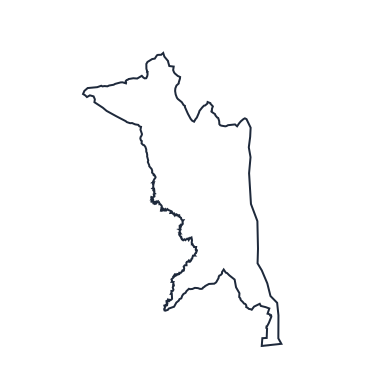 Ga West Municipal, Greater Accra, Ghana, rotated 20°
{"feature_id": "2480657B90617621807510", "entity_name": "Ga West Municipal", "entity_type": "district", "adm_level": 2, "iso_a3": "GHA", "parent_name": "Ghana", "parent_adm1": "Greater Accra", "projection": "robinson", "projection_center": [-0.382, 5.705], "detail": "fine", "context": "isolated", "style": "outline", "palette": "slate", "viewbox_px": 384, "rotation_deg": 20, "n_neighbors": 0, "source": "geoboundaries", "source_scale": "gbopen_adm2", "svg_char_len": 6094}
<svg xmlns="http://www.w3.org/2000/svg" viewBox="0 0 384 384"><g transform="rotate(20 192 192)"><path d="M206.7,312.7L207.6,312.6L209.6,311.0L210.0,309.5L214.4,305.9L215.1,301.3L216.7,298.6L216.9,296.9L218.3,295.6L218.3,292.8L218.9,290.7L220.4,289.0L220.7,287.1L222.2,284.0L223.3,284.0L225.5,283.0L227.5,281.1L230.4,280.3L232.7,280.3L234.2,279.7L234.9,279.1L235.0,278.2L236.2,276.7L236.5,275.9L239.4,272.6L244.3,270.5L245.6,268.6L246.4,263.9L246.1,262.3L246.3,261.2L247.3,260.3L248.1,258.4L247.6,257.0L248.3,254.0L251.3,256.2L252.7,256.2L255.7,257.6L262.0,259.7L266.0,266.5L271.2,270.9L272.3,274.6L273.9,275.5L274.3,276.4L274.9,276.9L277.6,278.1L278.9,279.0L280.4,279.0L281.6,279.8L282.1,280.7L282.3,281.6L283.9,281.8L285.4,282.4L287.3,282.1L288.4,282.2L289.5,278.5L293.9,273.9L295.6,275.5L300.6,275.0L304.5,275.0L304.6,280.5L306.9,280.4L307.6,281.3L308.5,280.8L309.2,282.0L309.0,288.7L308.5,292.3L308.0,292.7L308.3,294.3L309.2,294.5L312.1,303.6L308.1,305.3L310.2,312.8L327.9,304.1L323.2,300.0L315.4,278.3L309.9,267.0L301.3,262.9L294.0,252.1L284.4,241.8L278.0,236.6L273.4,222.7L263.4,197.0L251.5,183.1L239.2,154.8L235.1,139.3L230.1,130.6L227.8,120.3L225.1,111.5L218.3,104.9L216.5,104.7L215.4,105.9L213.7,108.9L212.8,111.3L211.9,114.8L209.3,113.8L203.0,116.9L201.8,118.3L200.8,118.9L197.0,119.6L195.7,119.6L194.5,118.9L193.3,116.1L191.3,113.5L190.2,113.4L187.8,112.0L187.1,111.0L182.9,109.9L182.6,109.5L182.9,108.9L182.3,107.0L182.3,104.4L179.1,102.7L178.8,102.2L175.9,102.1L176.1,103.8L174.7,106.2L173.7,106.8L172.7,109.0L171.3,113.2L171.4,115.3L171.1,120.4L170.4,122.4L169.9,125.2L167.7,124.9L165.7,123.7L161.3,119.8L156.3,114.6L155.9,113.5L154.4,113.2L151.7,111.1L146.8,109.4L145.5,108.5L143.3,105.9L141.6,102.9L140.9,100.3L141.0,97.2L142.4,94.6L142.1,93.6L141.9,89.6L141.5,88.0L138.9,87.8L135.2,86.4L134.1,85.6L132.6,83.9L131.9,80.4L127.6,81.4L125.0,77.8L124.8,77.2L119.7,74.2L117.4,71.2L116.1,73.6L113.1,74.8L112.3,75.6L111.4,79.4L109.1,80.7L105.7,85.0L105.3,87.3L107.0,91.8L108.5,93.8L108.6,94.5L109.3,94.5L109.2,95.2L109.9,96.2L110.3,98.3L110.1,100.7L108.7,101.4L107.2,101.1L105.1,100.0L101.7,104.1L97.9,105.2L93.7,107.6L93.4,108.3L92.3,109.2L91.8,110.4L91.8,110.7L92.7,111.8L92.8,112.5L89.2,112.7L87.5,113.4L82.8,116.7L81.7,118.0L77.7,120.3L76.4,121.6L73.5,122.4L71.7,123.4L70.4,123.2L67.1,125.9L58.4,130.0L56.3,133.8L56.1,137.2L58.6,137.7L60.8,138.7L63.0,136.1L66.8,135.8L69.0,138.1L69.6,141.0L79.4,143.3L84.0,145.0L94.9,146.7L105.5,148.1L106.8,148.6L110.4,148.5L112.1,147.7L115.4,147.9L118.6,147.3L120.1,148.3L121.8,148.2L122.3,151.1L125.2,154.7L125.3,156.2L124.9,158.0L125.2,159.5L126.4,161.0L127.4,161.3L128.0,163.6L130.0,164.5L131.0,164.4L132.7,165.5L134.4,167.6L135.3,169.9L136.0,170.4L137.3,172.6L137.6,173.8L140.1,177.4L140.2,178.9L142.6,181.4L143.1,182.5L146.2,184.2L147.5,185.9L147.6,186.9L147.9,187.5L150.3,188.5L150.0,189.0L150.2,189.3L151.8,189.6L152.7,190.5L152.7,191.3L152.2,192.8L151.9,195.5L152.2,195.7L151.9,196.3L152.9,195.9L152.8,196.9L152.3,197.1L153.1,197.5L152.8,198.2L153.3,198.8L154.0,201.1L154.9,200.7L153.7,202.2L154.7,202.4L155.0,201.7L155.2,201.8L156.0,203.4L155.3,203.4L155.2,203.8L156.1,204.1L156.7,205.6L157.8,206.2L156.8,207.2L157.6,208.5L158.2,208.7L158.2,209.1L157.1,210.2L157.0,210.8L157.3,211.3L156.8,211.2L156.5,210.7L155.5,210.6L155.5,210.9L155.9,211.7L156.4,211.9L156.3,212.7L157.3,212.1L157.7,212.5L157.2,213.4L157.2,213.6L157.6,213.2L158.2,213.2L157.9,214.8L159.5,214.3L159.6,215.1L159.9,215.3L159.8,215.9L160.4,215.9L160.5,215.0L161.3,214.9L161.6,215.2L161.2,215.5L161.4,215.8L162.2,215.2L162.0,213.7L161.7,213.6L161.3,214.0L161.0,213.7L162.0,212.9L162.4,213.3L162.8,212.9L162.8,213.7L164.6,212.9L165.4,214.0L165.6,214.6L166.3,214.3L168.0,215.2L168.6,215.9L168.6,216.9L170.6,217.5L168.9,218.6L169.2,220.2L170.1,220.0L170.4,219.2L171.3,219.0L171.6,218.5L172.1,218.9L173.0,218.7L173.0,217.3L174.2,217.9L174.7,216.5L176.0,217.0L179.0,217.1L178.9,219.1L179.8,218.7L180.4,217.9L181.4,218.9L182.3,218.8L183.1,219.5L183.0,218.5L184.7,219.4L185.1,218.3L186.1,218.5L186.3,218.9L187.7,218.3L187.8,219.4L188.8,219.2L189.1,219.8L190.5,220.0L191.3,221.3L192.8,222.0L193.5,221.6L193.2,223.3L194.0,224.4L194.2,225.4L193.7,226.5L193.4,226.0L192.8,226.3L192.7,227.0L192.0,227.8L192.4,228.3L193.1,227.7L193.4,227.9L193.4,229.2L192.7,228.9L192.4,229.2L193.2,230.4L193.7,230.8L193.7,231.1L193.0,231.5L194.0,231.6L193.7,232.4L194.0,233.6L194.6,233.9L194.5,234.6L195.1,234.9L194.2,235.2L195.1,236.0L194.7,236.6L196.4,237.8L197.1,237.7L197.4,238.7L198.3,239.6L198.5,239.4L198.9,240.0L200.2,240.4L200.9,239.1L202.2,239.5L202.5,238.7L203.1,238.3L203.4,237.6L204.0,237.7L204.3,237.3L205.3,238.2L205.4,237.4L205.0,236.6L205.5,236.4L205.8,235.8L206.4,236.1L207.1,235.0L208.5,237.3L209.1,240.0L209.6,240.3L209.8,241.3L210.6,241.0L211.2,241.9L212.4,242.3L212.8,243.0L214.7,242.3L215.2,244.9L215.5,245.3L216.3,244.9L216.6,245.1L216.7,246.8L216.3,247.5L216.6,248.1L216.1,248.8L215.9,249.9L215.9,250.6L216.4,250.8L214.7,251.5L214.8,254.0L215.0,254.5L214.3,255.4L214.6,256.6L213.9,258.3L213.3,258.5L213.1,258.1L213.4,257.7L212.5,257.3L212.1,258.6L211.1,259.4L210.9,260.5L211.9,262.7L210.2,263.4L209.7,265.0L210.7,266.2L211.2,268.6L210.7,269.1L210.2,268.6L209.8,268.9L209.7,270.4L209.1,271.8L207.7,272.3L208.1,273.5L206.8,274.5L206.6,274.5L206.6,274.0L206.2,274.1L206.2,274.9L205.8,275.7L205.2,275.7L205.0,275.0L204.1,275.1L203.7,276.7L204.3,276.7L204.5,277.0L203.9,277.3L203.4,278.1L203.9,278.5L202.6,281.1L203.9,282.6L203.7,283.4L205.3,283.0L205.2,283.5L205.8,284.1L206.0,285.7L206.8,285.7L207.0,286.2L206.5,287.3L206.5,288.2L208.0,290.2L207.7,291.6L206.5,292.0L207.1,293.5L207.0,294.9L207.8,294.5L209.8,299.2L209.4,300.3L208.8,300.8L207.5,301.0L207.4,301.3L208.1,301.3L208.2,301.7L207.7,302.6L207.4,302.6L207.2,301.5L206.8,301.6L206.2,301.3L206.1,302.2L206.3,303.3L206.0,303.6L205.6,303.0L205.3,303.2L205.7,304.1L206.1,304.4L206.2,305.0L206.9,305.0L207.1,305.3L207.1,306.0L206.7,306.5L207.2,307.1L206.5,307.7L205.9,307.2L205.6,307.3L205.4,307.7L205.8,308.7L205.3,308.7L205.8,309.3L206.3,311.2L205.9,311.6L206.7,312.7Z" fill="none" stroke="#1e293b" stroke-width="2"/></g></svg>